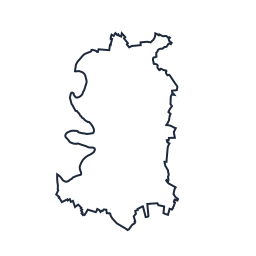 Thanh Oai, Ha Noi, Vietnam, rotated 15°
{"feature_id": "81297802B69083052749589", "entity_name": "Thanh Oai", "entity_type": "district", "adm_level": 2, "iso_a3": "VNM", "parent_name": "Vietnam", "parent_adm1": "Ha Noi", "projection": "albers", "projection_center": [105.783, 20.86], "detail": "fine", "context": "isolated", "style": "outline", "palette": "slate", "viewbox_px": 256, "rotation_deg": 15, "n_neighbors": 0, "source": "geoboundaries", "source_scale": "gbopen_adm2", "svg_char_len": 5738}
<svg xmlns="http://www.w3.org/2000/svg" viewBox="0 0 256 256"><g transform="rotate(15 128 128)"><path d="M71.6,191.1L72.7,195.3L74.0,199.0L75.2,201.7L75.9,205.2L76.7,206.1L75.9,210.8L79.4,212.4L79.2,213.4L80.2,213.7L83.3,216.7L87.8,212.7L88.6,213.6L90.2,211.8L92.1,214.1L93.7,212.7L97.3,218.0L99.7,214.9L103.5,217.1L103.2,217.9L104.9,218.8L104.1,220.0L105.8,221.2L105.2,222.4L107.0,223.8L107.7,222.9L108.6,223.2L110.3,217.3L118.7,217.6L119.0,216.9L119.3,214.2L121.0,214.5L121.8,214.9L123.2,216.2L123.9,214.8L124.9,214.7L125.8,212.9L128.2,212.6L129.6,215.8L132.0,215.1L132.2,215.4L133.0,215.4L134.0,217.2L136.0,219.2L137.9,220.5L141.9,223.0L153.2,226.2L153.8,226.7L155.1,225.7L155.5,224.5L156.2,222.9L156.6,221.6L157.2,220.4L157.5,220.0L158.5,219.0L159.2,218.1L158.7,216.9L159.2,216.5L156.4,211.8L157.9,208.7L157.3,207.9L156.5,206.1L158.6,204.7L158.2,203.7L162.6,199.8L163.1,200.5L168.1,209.4L169.2,209.0L170.3,208.4L170.5,208.0L170.4,207.3L166.3,196.4L171.1,194.7L175.9,193.1L177.3,194.7L183.2,194.4L184.3,201.0L186.3,201.4L187.5,201.4L188.4,201.5L189.1,201.5L189.1,195.2L190.7,195.3L191.6,195.4L192.1,193.9L192.1,192.6L192.5,191.1L192.5,189.6L192.7,187.8L192.6,187.7L191.7,187.7L191.4,187.3L191.6,185.1L194.4,185.3L194.6,184.6L194.7,183.8L194.7,183.7L192.9,182.9L191.8,182.5L191.3,182.1L190.7,181.6L189.7,180.5L189.2,180.3L189.1,180.0L189.0,179.4L188.9,177.3L188.8,175.5L188.9,174.8L189.1,173.9L189.4,173.0L181.4,171.0L178.5,168.9L178.7,168.2L180.5,168.8L180.5,167.5L179.2,164.6L179.4,163.7L179.4,162.3L178.1,160.1L177.8,158.8L175.7,156.7L174.0,155.1L173.3,153.9L172.0,151.2L173.9,150.7L171.5,137.2L171.4,135.7L171.6,134.2L172.0,132.2L171.0,132.0L170.3,131.8L169.4,131.3L169.3,131.1L169.2,130.7L169.3,130.3L169.6,130.1L168.9,129.7L170.0,129.0L170.4,128.9L170.1,127.0L175.8,125.3L173.3,120.1L174.2,115.8L172.5,115.7L170.1,115.1L169.2,114.9L168.4,114.8L167.7,114.8L166.0,114.9L164.2,115.3L164.2,115.1L164.3,114.8L164.7,114.3L165.6,110.1L165.1,105.1L165.5,103.4L162.9,102.1L163.4,99.2L164.8,95.4L162.9,94.0L162.8,93.5L161.2,86.7L161.6,84.3L164.2,84.0L163.7,83.6L161.8,82.5L161.5,82.2L161.3,81.8L160.9,80.6L165.3,78.8L165.2,78.3L165.2,76.6L165.1,75.8L164.9,75.2L164.6,74.9L160.2,71.2L155.6,67.1L154.8,66.4L154.1,66.1L153.9,66.0L153.0,66.6L152.6,66.8L152.0,66.6L151.3,66.0L150.7,65.3L150.3,64.6L150.2,64.0L150.4,63.2L150.2,62.8L149.8,62.6L148.8,62.8L146.5,62.7L145.3,62.4L144.8,62.3L144.4,62.3L144.2,62.3L143.9,62.7L143.7,63.8L143.4,64.0L143.1,63.9L142.0,63.0L141.3,62.6L141.0,62.2L140.8,61.9L140.6,61.4L140.5,60.0L140.2,59.6L139.3,59.2L138.3,59.1L137.5,59.1L136.9,59.4L136.6,59.4L136.3,59.3L136.0,58.9L135.7,57.9L135.1,57.0L134.6,56.0L134.3,54.9L134.2,54.0L134.4,53.5L134.7,53.1L136.0,52.6L137.0,51.8L137.0,51.5L137.0,51.3L136.4,50.3L136.1,48.8L135.9,48.4L135.9,48.0L136.6,46.5L136.8,45.0L137.0,44.6L137.8,43.7L138.7,43.1L139.5,42.8L140.4,42.7L140.7,42.5L141.0,42.2L141.5,41.3L142.2,40.5L142.6,40.2L142.8,40.2L143.8,39.8L144.3,39.3L145.2,36.4L145.6,36.0L145.8,35.8L146.2,35.7L147.7,35.9L147.8,35.4L148.1,34.5L147.7,34.4L147.6,34.2L145.9,33.5L145.1,33.0L144.2,31.3L145.1,29.9L144.5,29.6L143.6,30.5L141.4,29.3L140.3,29.4L138.4,30.2L137.7,30.3L136.3,30.0L134.3,29.5L133.9,29.5L133.7,30.5L133.1,30.3L132.4,30.0L131.5,29.7L129.9,29.5L130.1,30.2L130.4,31.9L130.3,33.7L130.1,34.9L129.7,36.0L129.4,36.7L128.4,38.2L128.0,39.0L127.8,39.4L124.4,39.7L118.0,42.0L118.8,44.7L110.3,47.9L108.3,49.8L105.2,47.5L105.9,46.1L103.1,44.1L100.9,42.4L101.4,41.6L101.8,40.9L97.5,38.1L97.8,41.4L95.6,41.2L94.4,40.0L93.6,41.0L91.3,39.6L90.3,42.8L88.8,42.4L88.0,42.1L87.9,43.1L88.1,46.0L88.3,46.5L89.6,46.2L89.6,50.0L89.8,52.3L89.1,52.3L89.7,57.7L79.2,59.6L79.2,62.4L78.9,62.5L78.4,62.5L77.1,61.8L76.2,61.7L73.2,61.7L72.5,62.3L72.7,62.7L72.6,63.2L72.2,63.8L71.6,64.3L70.9,64.8L67.5,67.3L66.5,68.4L65.0,70.9L64.5,72.2L62.3,76.6L61.3,80.1L62.1,86.9L63.3,86.7L64.3,86.3L65.6,85.8L66.4,85.7L68.2,85.8L69.9,86.1L70.9,86.5L72.0,87.2L72.9,88.1L73.6,89.2L75.4,92.4L75.8,93.3L76.1,94.3L76.2,95.5L76.0,99.4L75.9,102.4L75.3,105.2L75.2,106.6L75.0,107.5L73.9,109.5L73.1,110.4L72.0,111.2L70.7,111.9L70.1,112.0L69.3,111.7L68.7,111.3L67.7,110.5L66.9,109.8L66.8,109.6L66.6,108.8L66.3,108.5L65.1,108.2L64.7,108.3L64.3,108.6L63.9,109.3L63.9,110.8L64.0,113.5L64.2,114.1L67.3,119.4L68.0,119.9L72.7,124.8L73.1,125.0L74.0,124.8L74.6,124.9L75.5,125.9L76.3,126.2L77.1,126.7L77.5,127.1L77.9,127.7L78.5,128.3L79.6,128.7L80.7,129.8L81.0,130.0L82.0,130.2L83.0,130.6L83.8,131.3L85.1,131.8L86.0,132.1L86.7,132.3L87.1,132.5L87.4,132.6L87.8,132.6L88.4,132.3L88.8,132.3L89.3,132.5L91.3,133.8L92.1,134.5L93.1,135.3L93.7,135.9L94.9,137.4L95.4,138.1L95.6,138.7L95.9,139.9L95.9,141.0L95.7,141.6L95.4,142.0L95.0,142.3L94.5,142.6L93.5,142.8L92.9,143.2L92.2,143.5L91.6,143.8L90.6,144.1L89.7,144.4L89.5,144.5L87.9,144.5L85.5,144.8L82.1,145.0L81.1,144.8L80.8,144.7L80.3,144.2L80.1,144.1L79.7,144.1L78.6,144.2L74.7,145.1L72.0,146.8L70.4,148.3L70.1,148.8L69.7,149.4L69.5,150.1L69.4,150.7L69.4,151.6L69.8,152.4L70.1,152.9L70.4,153.2L70.8,153.4L72.2,154.2L73.1,154.8L74.4,155.7L75.1,156.5L75.8,156.7L78.1,157.1L79.8,157.1L82.1,156.7L82.7,156.5L83.2,156.1L83.6,156.0L84.0,155.9L87.7,156.2L92.1,156.4L93.8,156.7L94.9,156.8L96.4,156.7L99.1,156.0L99.6,156.0L100.8,156.3L101.2,156.6L101.6,157.4L101.6,158.1L101.5,158.9L101.2,160.1L100.9,160.5L100.0,161.7L99.0,162.8L96.3,165.3L94.6,167.2L93.5,169.0L92.8,170.3L92.5,171.2L91.8,174.0L91.5,175.9L91.4,177.4L91.4,177.9L91.8,179.3L92.6,180.9L93.9,182.7L94.4,183.6L94.6,184.4L94.6,185.1L94.3,185.5L91.6,187.0L89.5,188.5L89.0,189.0L87.9,189.8L87.6,190.1L86.9,191.4L86.5,192.0L85.4,192.9L84.4,194.5L83.8,195.0L82.6,195.8L81.9,195.9L80.7,195.9L79.9,195.7L78.9,195.4L77.8,194.7L76.9,193.9L75.2,192.7L73.5,191.8L71.6,191.1Z" fill="none" stroke="#1e293b" stroke-width="2"/></g></svg>